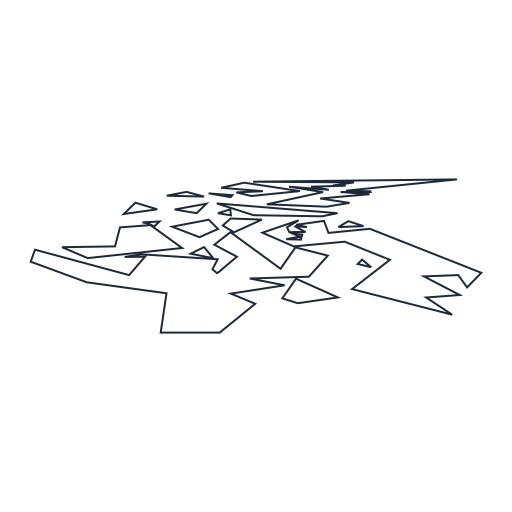 the border of Nunavut
{"feature_id": "CAN-634", "entity_name": "Nunavut", "entity_type": "Territory", "adm_level": 1, "iso_a3": "CAN", "parent_name": "Canada", "parent_adm1": "", "projection": "equal_earth", "projection_center": [-85.605, 67.518], "detail": "medium", "context": "isolated", "style": "outline", "palette": "slate", "viewbox_px": 512, "rotation_deg": 0, "n_neighbors": 0, "source": "natural_earth", "source_scale": "10m", "svg_char_len": 1915}
<svg xmlns="http://www.w3.org/2000/svg" viewBox="0 0 512 512"><path d="M141.4,254.3L217.7,259.3L212.5,269.2L216.9,273.1L218.3,272.4L236.9,256.7L214.3,244.7L230.5,232.2L280.6,268.8L295.4,247.4L327.8,255.6L308.9,276.7L249.7,278.5L284.7,285.3L230.9,293.6L255.2,303.8L219.7,332.6L160.7,332.6L166.5,293.3L86.8,282.3L30.7,261.7L35.0,249.7L129.1,275.1L145.0,256.7L124.7,257.0L141.4,254.3ZM352.1,289.1L389.9,259.8L344.7,241.7L293.8,246.4L262.4,232.7L298.6,220.3L287.0,227.3L289.3,232.1L300.7,237.1L298.1,237.0L286.2,239.2L301.0,239.6L302.2,234.5L297.6,234.4L295.5,232.8L292.1,232.3L291.9,232.1L305.5,232.0L294.5,226.2L306.9,227.1L296.1,224.8L324.0,220.9L328.5,232.9L369.9,228.8L481.3,272.8L467.1,287.4L458.2,275.1L423.9,276.4L459.7,295.0L426.1,297.5L452.2,314.7L352.1,289.1ZM457.0,179.4L346.0,190.7L370.3,191.3L370.6,192.0L340.5,192.0L369.6,194.2L320.2,198.5L349.5,202.9L326.5,206.7L266.9,204.3L323.0,192.1L289.1,186.7L328.9,189.8L311.2,186.7L345.6,185.7L332.8,185.5L354.0,182.4L253.0,181.7L457.0,179.4ZM120.0,227.4L150.4,225.1L182.1,248.0L87.7,258.1L62.0,247.2L115.0,246.4L120.0,227.4ZM221.2,187.8L244.2,182.7L299.8,191.1L251.4,196.0L236.3,192.4L263.0,191.2L221.2,187.8ZM337.5,213.2L322.0,216.3L253.5,215.2L216.7,203.4L337.5,213.2ZM218.0,229.0L199.5,237.2L172.2,226.7L208.8,219.7L218.0,229.0ZM337.8,297.4L297.7,303.2L282.3,298.4L296.0,278.7L337.8,297.4ZM261.9,219.6L234.0,232.3L222.8,225.5L230.6,218.5L261.9,219.6ZM206.4,203.7L196.6,213.2L174.7,209.5L206.4,203.7ZM123.8,214.0L135.4,202.7L157.2,209.3L123.8,214.0ZM166.7,195.7L186.6,191.9L204.1,196.6L166.7,195.7ZM338.4,227.1L348.3,221.2L363.5,226.1L338.4,227.1ZM204.1,247.1L213.2,258.2L190.7,253.7L204.1,247.1ZM230.3,209.4L230.9,215.3L217.9,213.2L230.3,209.4ZM230.6,197.1L208.6,193.4L232.4,195.2L230.6,197.1ZM362.1,259.6L371.1,267.2L357.7,264.0L362.1,259.6ZM159.5,221.5L154.1,226.5L148.8,223.6L142.5,222.4L159.5,221.5Z" fill="none" stroke="#1e293b" stroke-width="2"/></svg>